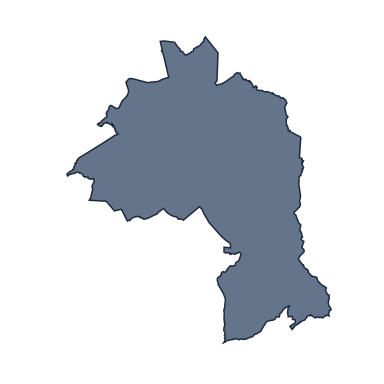 Chapantongo, Hidalgo, Mexico, rotated 82°
{"feature_id": "50627088B87076306063462", "entity_name": "Chapantongo", "entity_type": "district", "adm_level": 2, "iso_a3": "MEX", "parent_name": "Mexico", "parent_adm1": "Hidalgo", "projection": "mercator", "projection_center": [-99.438, 20.245], "detail": "fine", "context": "isolated", "style": "filled", "palette": "slate", "viewbox_px": 384, "rotation_deg": 82, "n_neighbors": 0, "source": "geoboundaries", "source_scale": "gbopen_adm2", "svg_char_len": 5935}
<svg xmlns="http://www.w3.org/2000/svg" viewBox="0 0 384 384"><g transform="rotate(82 192 192)"><path d="M142.8,299.8L143.8,300.2L144.8,301.9L146.1,301.8L146.7,302.1L148.0,303.4L147.2,303.7L147.4,304.0L148.4,303.7L150.4,305.2L150.8,305.1L151.7,305.9L153.3,306.3L153.1,306.9L153.9,307.9L155.7,311.8L156.6,313.2L157.1,313.4L158.8,312.9L157.6,310.7L157.7,310.0L157.2,308.5L157.3,306.1L156.1,302.4L156.8,301.7L157.0,301.1L157.6,300.9L158.2,298.8L159.8,297.7L160.8,297.6L161.5,297.2L161.9,296.1L162.7,295.7L162.2,294.3L162.6,293.3L163.1,292.6L164.1,293.0L164.9,291.3L165.4,289.3L165.1,287.6L166.3,287.3L168.1,287.5L172.3,290.3L174.3,290.0L175.9,290.1L184.5,293.5L184.9,294.3L185.9,294.9L189.2,278.3L199.9,271.4L199.3,264.3L211.7,260.1L211.0,258.8L211.7,257.6L209.6,255.1L208.7,252.1L208.9,251.1L208.4,250.6L209.0,248.7L208.8,248.0L209.5,247.3L209.4,246.7L210.4,246.5L211.2,244.3L211.9,244.2L212.3,241.9L211.8,239.2L209.5,232.2L209.2,230.1L207.2,227.7L204.3,222.4L208.5,220.0L212.7,215.3L214.8,210.4L215.2,210.0L216.8,209.7L217.6,205.8L218.7,204.5L207.6,186.6L210.8,184.4L215.2,183.2L224.9,179.2L240.4,168.8L245.0,164.9L247.3,162.3L248.6,161.2L252.7,161.7L251.1,167.9L255.9,168.7L257.1,167.2L257.3,163.3L258.7,163.3L259.1,162.6L259.2,162.1L258.5,161.1L259.7,157.6L258.9,156.8L258.9,155.4L258.2,153.6L258.6,152.9L260.4,152.1L264.6,154.2L267.2,156.0L267.7,158.1L269.3,159.1L270.5,159.2L271.0,160.1L270.7,161.1L271.2,162.2L270.3,164.4L271.3,165.1L271.9,166.4L272.9,167.1L274.0,168.4L274.6,168.2L275.3,169.5L275.8,169.9L276.1,170.9L275.2,171.9L275.8,174.0L277.3,174.2L278.4,175.2L279.2,175.4L279.6,177.0L280.1,177.2L280.1,177.8L280.9,178.8L282.8,179.3L286.3,178.8L288.1,179.0L288.7,178.2L290.5,177.8L291.2,177.1L292.5,176.9L296.3,175.2L302.7,173.8L310.8,175.7L313.7,177.0L316.4,176.9L323.1,178.1L324.4,177.8L325.6,178.2L326.6,177.7L327.1,178.0L328.4,177.9L329.6,178.8L333.5,179.8L336.3,178.6L338.5,179.9L339.5,179.4L340.6,179.5L341.4,180.1L341.8,179.5L342.8,179.6L343.1,180.0L344.3,180.3L345.6,181.6L345.3,180.4L344.3,178.6L343.7,174.4L343.8,171.7L343.3,171.5L343.5,169.8L343.2,169.2L343.8,168.5L344.1,167.2L344.9,166.0L344.4,164.9L344.5,163.3L345.1,162.1L344.9,160.8L345.3,159.8L344.7,159.2L345.0,158.2L344.2,155.7L343.6,152.0L341.8,149.9L341.2,147.0L339.4,143.1L336.0,140.7L330.8,136.2L330.3,134.8L330.4,133.0L330.0,131.5L330.2,129.9L329.8,128.0L328.8,126.9L327.7,126.3L327.5,125.6L327.5,124.3L328.0,123.2L327.4,122.6L326.5,122.6L324.9,122.0L324.1,120.5L320.7,117.5L320.0,116.0L318.8,114.4L319.4,113.0L318.3,112.2L318.1,111.6L318.8,111.3L319.7,112.7L324.4,114.1L329.0,114.1L329.0,110.0L332.2,110.2L332.7,107.9L333.6,107.6L335.4,107.8L336.1,108.3L337.4,111.4L338.7,113.7L342.1,112.0L340.3,109.9L338.7,108.6L337.8,105.8L337.2,105.4L336.8,104.1L336.1,103.7L336.1,102.5L335.4,101.9L334.7,99.9L334.4,97.9L332.8,96.9L332.6,96.2L331.6,95.5L330.6,93.9L330.9,91.9L330.1,91.7L330.1,91.3L331.0,91.2L331.3,90.3L333.2,88.4L333.8,87.2L333.2,84.9L333.9,84.3L334.1,81.6L334.7,80.7L334.7,79.5L333.5,78.1L333.4,77.0L332.9,76.5L332.8,75.2L333.8,73.5L331.1,73.7L330.1,72.8L328.6,72.4L328.4,71.0L327.4,70.6L322.4,72.6L318.7,72.0L316.0,70.7L315.0,71.0L313.3,70.6L312.9,70.7L312.8,71.6L312.2,72.1L308.9,73.2L307.7,73.3L305.6,72.3L303.7,74.2L303.2,75.1L303.4,75.4L301.8,76.4L300.5,78.0L299.5,78.1L299.2,78.7L297.2,79.8L293.8,80.4L292.2,84.6L291.7,85.0L291.8,85.7L289.9,86.3L289.4,87.0L287.7,88.1L287.6,87.7L285.5,88.1L284.4,89.1L284.6,89.3L282.3,91.3L280.8,92.0L280.7,91.6L279.6,91.9L278.2,93.5L277.2,93.7L276.5,94.3L272.8,96.0L270.9,94.2L270.2,93.9L267.1,89.5L265.0,89.1L262.1,90.9L256.5,88.1L254.5,90.4L253.1,90.2L252.0,88.9L251.5,88.8L251.0,89.2L247.0,89.4L244.9,90.7L242.0,89.5L239.5,88.9L237.2,90.8L235.1,91.0L230.9,92.2L229.4,92.3L228.3,93.4L226.7,94.1L221.4,87.2L219.4,86.4L215.5,86.7L211.6,85.1L198.2,85.1L197.4,84.7L196.7,84.8L195.9,84.4L192.8,84.1L191.5,83.3L190.9,82.3L190.8,82.5L187.0,80.0L186.0,79.5L185.6,79.9L184.4,79.6L184.4,78.7L183.3,78.1L179.5,79.3L179.4,78.9L178.1,79.0L178.2,78.4L177.8,77.8L177.0,78.0L176.5,77.5L176.2,78.5L175.8,78.7L175.3,78.5L175.2,79.0L174.1,78.5L172.8,80.8L153.1,76.7L151.7,78.0L149.9,80.9L146.9,84.8L145.8,87.0L144.8,86.3L143.8,88.4L142.8,87.8L140.1,88.4L139.7,89.0L138.9,88.7L138.5,89.1L133.2,88.6L130.8,86.5L128.6,88.0L120.6,88.4L117.3,85.7L114.2,86.4L111.7,88.4L111.2,90.1L111.2,91.2L109.4,92.0L108.0,95.8L106.8,96.8L106.2,98.1L105.7,97.8L105.0,98.7L105.4,98.9L104.9,100.2L103.0,103.5L103.1,104.8L102.7,106.6L101.3,108.3L100.8,110.6L101.0,111.3L99.7,113.6L97.5,113.8L97.4,113.1L95.8,114.0L97.1,116.7L94.6,117.0L91.8,118.3L91.9,118.6L90.9,119.7L90.6,118.9L90.2,119.3L89.6,120.2L89.2,122.4L88.1,122.7L87.8,123.2L87.6,123.8L88.2,124.8L87.0,126.1L86.9,125.6L81.6,128.0L80.9,127.9L80.9,129.5L80.1,130.3L80.5,131.7L81.6,133.6L83.3,135.1L84.0,136.9L87.6,143.7L88.6,146.7L88.8,146.6L89.2,147.1L89.2,150.1L89.8,152.6L87.8,153.8L87.2,153.8L85.3,151.8L57.9,146.9L40.3,157.2L41.3,158.2L43.0,159.1L44.2,159.1L45.0,160.5L48.3,164.2L48.8,165.3L48.7,166.5L49.6,167.9L50.3,170.3L52.7,171.2L53.3,173.6L54.5,174.9L54.8,177.3L55.8,178.5L55.3,179.7L51.1,182.3L51.2,183.9L50.3,184.2L48.7,184.0L46.3,186.0L41.3,188.4L38.6,198.6L38.4,202.5L47.9,201.7L48.0,202.5L50.0,201.6L53.2,201.1L75.2,199.1L76.3,205.8L77.8,210.2L77.5,220.8L71.6,235.0L71.0,237.5L71.2,238.8L72.9,240.8L73.8,241.2L73.9,242.0L75.8,241.9L81.8,240.7L84.5,241.1L85.7,241.6L88.3,243.5L92.1,248.5L98.3,252.5L98.8,253.7L98.8,254.8L98.3,256.0L95.1,259.9L95.3,261.5L96.5,262.3L99.1,263.2L101.3,265.6L102.4,265.8L103.2,265.5L103.5,265.9L104.4,265.6L105.5,265.9L108.7,271.0L110.2,272.8L111.3,275.7L112.0,276.2L114.2,273.9L114.3,272.4L114.1,272.5L112.5,270.1L112.0,270.1L111.1,266.6L111.5,266.2L112.1,266.4L112.6,264.4L113.5,263.9L114.3,262.4L115.6,261.6L113.4,261.6L116.1,259.9L119.7,259.6L122.5,258.8L122.5,258.4L123.3,258.1L124.3,257.1L124.9,258.6L124.3,258.8L125.0,258.8L125.1,260.8L125.7,261.6L132.8,277.0L142.8,299.8Z" fill="#64748b" stroke="#1e293b" stroke-width="1.5"/></g></svg>